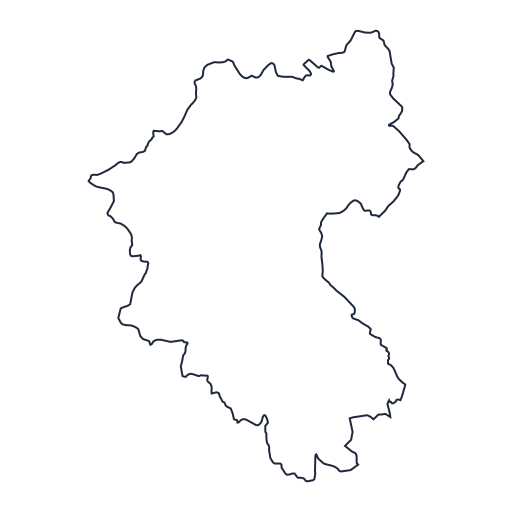 Than Uyen, Lào Cai, Vietnam
{"feature_id": "81297802B70449859021509", "entity_name": "Than Uyen", "entity_type": "district", "adm_level": 2, "iso_a3": "VNM", "parent_name": "Vietnam", "parent_adm1": "Lào Cai", "projection": "mercator", "projection_center": [103.85, 21.883], "detail": "fine", "context": "isolated", "style": "outline", "palette": "slate", "viewbox_px": 512, "rotation_deg": 0, "n_neighbors": 0, "source": "geoboundaries", "source_scale": "gbopen_adm2", "svg_char_len": 6011}
<svg xmlns="http://www.w3.org/2000/svg" viewBox="0 0 512 512"><path d="M423.4,161.2L418.2,155.0L413.3,152.3L411.8,151.0L409.9,148.4L409.5,147.0L409.6,144.6L409.3,143.8L406.8,140.1L398.9,131.0L393.4,126.2L392.7,125.8L389.2,125.8L389.0,125.4L389.0,124.7L394.1,122.0L398.4,118.5L399.0,115.9L400.7,113.5L402.0,111.1L402.3,107.6L401.4,106.2L393.2,98.4L390.4,94.8L389.9,93.5L390.0,91.9L391.6,88.5L392.5,85.7L392.7,84.0L392.1,80.8L393.5,76.2L393.4,72.9L393.8,67.7L391.7,63.7L389.5,50.9L388.3,49.0L384.7,45.2L383.5,40.6L379.7,38.1L379.1,36.9L379.2,34.5L378.8,32.6L378.3,31.7L377.2,31.0L375.4,30.7L373.3,31.8L370.4,32.8L364.8,32.5L358.1,30.8L355.5,31.2L354.5,32.7L350.7,40.4L346.4,45.2L344.5,51.8L342.7,52.7L338.8,53.0L333.3,54.2L327.9,55.9L327.6,56.9L330.7,61.7L331.4,66.5L333.9,71.1L333.6,71.6L332.4,71.5L328.0,69.5L321.6,65.8L320.6,66.3L319.2,67.7L318.1,67.6L310.1,60.5L308.6,59.8L303.6,64.4L303.6,65.0L309.2,70.6L310.7,72.8L311.0,74.4L310.0,75.5L306.5,75.3L305.8,75.7L304.6,77.1L302.7,80.3L299.4,78.9L296.0,78.3L292.3,76.8L283.3,76.8L278.5,76.0L277.6,75.5L276.0,72.3L274.5,65.3L273.6,64.0L272.2,63.2L271.1,63.2L270.4,63.5L268.1,65.3L263.6,69.9L260.7,75.0L259.1,76.6L257.7,77.4L255.8,77.6L251.7,75.7L248.4,77.6L246.8,78.2L244.9,78.0L242.8,77.0L239.9,74.1L234.6,65.8L233.0,62.0L232.1,61.3L228.7,59.8L227.4,59.7L225.9,61.2L223.6,62.1L219.8,62.5L214.1,62.2L207.4,64.8L205.0,66.9L204.1,68.3L203.3,70.8L202.9,75.2L202.2,76.8L200.4,78.5L195.4,80.5L194.6,81.7L194.6,83.2L195.8,85.9L196.3,87.9L195.9,93.9L196.4,96.8L196.3,97.6L195.1,100.2L193.1,102.7L190.9,104.9L187.3,109.9L184.1,117.2L181.4,122.3L176.9,128.6L174.7,130.9L172.7,132.5L169.3,134.1L166.4,134.3L162.7,131.2L161.8,131.0L159.6,131.3L153.7,130.8L153.2,132.2L153.6,136.6L152.2,137.8L151.4,139.6L149.6,140.9L148.2,143.2L147.3,146.0L146.1,146.9L144.9,150.9L142.7,152.0L139.4,152.5L137.0,153.8L134.4,158.1L131.9,161.1L130.4,162.3L123.9,162.9L122.0,162.1L120.3,162.0L118.4,162.7L115.6,165.1L108.6,169.7L100.8,173.6L97.3,174.9L93.6,174.7L91.6,175.2L90.8,176.7L90.7,178.0L88.6,181.1L90.3,182.9L95.5,186.2L97.9,187.0L107.0,188.9L110.2,190.3L112.8,192.3L113.5,194.7L113.9,201.1L110.6,207.5L107.7,212.4L107.4,213.4L107.6,214.1L108.5,215.5L110.3,216.1L112.8,218.5L114.6,221.8L115.4,222.4L120.7,223.6L124.9,226.2L127.5,228.9L131.2,234.4L131.9,237.6L131.7,240.3L132.2,245.1L130.3,247.7L129.8,250.8L130.1,254.2L130.9,255.7L131.4,256.1L133.2,256.2L138.9,255.7L140.4,255.2L140.9,256.1L140.6,259.4L141.3,260.8L143.5,261.5L147.4,261.8L148.1,262.5L148.3,263.3L147.7,266.0L147.5,268.2L145.8,272.9L144.3,275.2L141.4,281.6L136.8,285.6L134.7,288.0L132.4,292.6L130.2,304.1L128.6,305.3L126.4,306.3L123.7,307.0L120.7,308.5L118.3,318.0L120.8,322.8L122.7,324.4L125.6,325.1L131.0,325.4L134.2,326.5L136.9,328.0L138.1,329.0L138.6,330.1L140.3,336.1L143.0,339.0L148.8,341.0L149.3,341.5L150.2,344.6L150.7,344.7L151.8,344.0L153.4,341.4L156.1,340.0L157.5,339.8L160.8,339.7L170.6,341.9L181.5,340.3L183.1,340.7L184.1,342.2L187.2,342.5L187.6,343.4L186.6,344.9L185.7,347.3L185.5,351.2L185.0,353.0L183.1,355.7L182.4,360.0L180.8,366.4L182.5,376.0L184.4,376.7L185.8,376.8L187.3,375.2L189.2,374.1L190.4,373.8L192.6,374.1L198.4,376.0L199.3,376.0L200.6,375.3L207.3,375.7L207.8,376.1L207.8,377.2L207.2,379.7L207.8,381.6L210.4,383.7L211.5,386.2L211.7,388.6L211.4,392.4L211.7,393.5L216.1,392.4L217.1,392.4L219.0,393.4L219.5,395.7L222.5,401.6L223.9,402.2L224.7,403.0L225.7,405.6L227.3,406.8L230.7,408.5L232.4,412.7L234.0,419.3L237.1,420.2L237.5,422.6L238.5,422.5L240.9,420.1L242.8,419.2L243.8,419.2L245.9,419.5L256.1,425.1L258.1,425.2L259.7,424.1L261.2,422.1L261.8,420.9L262.8,416.9L263.8,415.5L264.3,415.1L265.6,415.8L267.2,419.4L267.9,422.8L265.3,425.8L265.3,431.8L266.3,433.3L266.5,439.5L267.0,442.9L268.7,445.4L269.2,447.0L269.1,450.4L270.4,458.2L273.0,462.4L275.0,463.6L278.6,463.5L280.2,463.6L281.0,464.1L281.5,465.0L281.6,467.6L285.0,473.0L286.5,474.5L287.0,474.7L288.9,474.6L293.0,473.4L294.8,473.7L297.0,476.9L298.0,477.7L301.3,477.8L303.4,478.3L304.0,478.6L305.9,480.9L307.4,481.3L313.2,480.2L314.4,479.0L315.2,474.1L315.0,470.0L315.4,456.1L315.7,454.9L316.2,454.4L316.9,455.4L317.6,457.6L318.9,459.3L323.6,463.4L325.4,464.1L332.9,466.0L335.4,467.1L337.8,468.9L339.4,470.9L340.1,471.3L342.3,471.3L350.6,470.1L358.1,464.6L356.7,463.0L356.6,455.7L355.8,453.8L355.2,453.1L351.6,451.3L345.0,445.9L351.1,439.8L352.6,432.0L349.7,418.3L353.3,417.3L367.2,415.2L370.4,416.7L373.5,419.3L378.4,414.6L382.5,414.4L384.8,413.9L386.2,414.4L390.3,417.0L389.8,413.2L387.5,404.2L388.0,402.3L389.1,400.4L389.6,401.9L390.8,401.8L391.9,403.3L393.0,403.4L395.2,402.0L395.9,401.3L396.4,400.0L397.0,399.7L399.0,399.6L400.4,400.2L401.9,396.5L405.3,384.9L404.7,384.0L402.8,382.8L398.8,379.0L397.3,376.7L393.6,368.2L391.2,365.4L388.0,363.6L388.0,360.1L389.0,358.9L389.2,358.2L388.4,356.0L389.1,354.1L389.0,353.2L388.0,351.6L386.4,350.7L386.4,350.0L386.9,349.1L386.6,348.1L380.9,344.8L380.6,343.6L380.9,340.3L380.4,339.0L379.7,338.3L378.2,337.8L375.2,337.0L370.0,333.9L369.8,333.2L370.7,329.1L368.5,326.8L362.9,323.6L358.3,320.2L353.6,318.6L352.5,317.9L351.7,315.9L351.7,314.7L354.0,314.0L354.4,313.5L354.9,310.8L354.8,308.7L354.0,307.1L344.3,296.8L336.5,290.7L333.6,287.7L330.5,285.1L329.1,282.9L324.2,278.7L322.3,276.3L322.8,270.4L322.2,262.6L321.5,257.6L321.6,251.4L319.8,246.3L320.0,243.9L321.4,239.8L322.2,236.3L321.4,233.2L319.2,229.7L319.1,229.0L321.0,224.9L321.0,222.7L321.3,221.9L322.8,219.2L327.1,213.3L329.7,213.7L335.5,213.4L339.5,213.0L340.4,212.6L343.7,210.7L346.5,208.1L348.1,205.5L350.4,202.9L353.2,200.8L354.3,200.4L356.0,200.4L357.6,201.1L360.6,203.4L363.3,209.3L364.2,210.4L365.2,210.8L368.8,210.4L369.6,210.6L370.7,211.6L371.2,214.6L373.0,215.3L375.3,215.2L377.1,215.7L378.1,216.0L378.9,216.8L385.2,210.6L388.4,205.9L393.3,201.6L397.4,196.6L398.6,194.6L400.1,190.3L400.0,189.5L398.4,188.0L398.3,186.6L398.9,185.0L400.0,182.7L400.9,181.4L402.5,180.3L403.4,179.0L406.1,172.9L408.4,169.7L408.9,169.1L412.9,169.4L414.6,168.8L415.8,167.8L417.9,165.0L423.4,161.2Z" fill="none" stroke="#1e293b" stroke-width="2"/></svg>